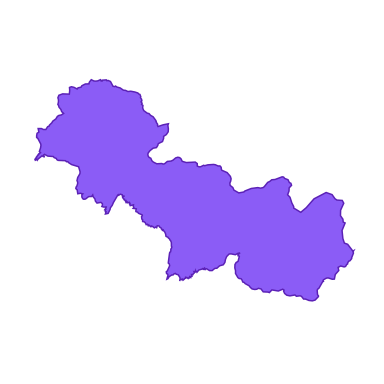 Orastioara De Sus, Hunedoara, Romania (Albers equal-area conic projection), rotated 350°
{"feature_id": "2599482B76008210683345", "entity_name": "Orastioara De Sus", "entity_type": "district", "adm_level": 2, "iso_a3": "ROU", "parent_name": "Romania", "parent_adm1": "Hunedoara", "projection": "albers", "projection_center": [23.232, 45.653], "detail": "fine", "context": "isolated", "style": "filled", "palette": "violet", "viewbox_px": 384, "rotation_deg": 350, "n_neighbors": 0, "source": "geoboundaries", "source_scale": "gbopen_adm2", "svg_char_len": 6010}
<svg xmlns="http://www.w3.org/2000/svg" viewBox="0 0 384 384"><g transform="rotate(350 192 192)"><path d="M291.2,202.7L290.9,200.6L289.5,199.6L288.7,196.6L285.6,194.7L284.8,193.2L283.4,192.7L276.0,194.1L272.7,193.8L270.4,195.1L268.2,195.7L264.1,199.3L262.8,200.0L260.1,200.1L257.6,199.1L251.0,198.8L244.2,200.2L243.0,201.0L237.9,201.0L233.6,197.4L233.0,194.7L230.7,192.1L230.8,189.8L231.9,188.2L232.8,185.8L232.5,183.3L230.0,179.0L225.2,175.8L224.9,175.1L225.0,172.7L224.1,171.2L222.2,170.9L219.7,169.2L218.0,168.6L212.3,168.0L209.1,168.3L208.1,167.7L205.0,168.6L203.5,168.5L201.7,167.4L202.1,164.9L200.4,163.1L191.5,162.0L187.7,160.1L186.9,157.3L185.8,156.0L184.1,155.3L181.8,155.6L178.9,157.3L176.8,157.9L173.0,157.6L169.9,159.4L168.4,159.5L167.2,158.7L162.2,158.1L159.1,155.8L157.9,154.2L157.3,151.6L155.8,150.5L155.1,149.1L155.0,147.4L155.6,146.0L157.8,144.0L161.3,142.1L164.7,142.1L166.4,140.2L167.0,138.8L167.6,138.4L171.7,137.2L173.4,134.2L173.7,132.3L176.7,131.0L179.0,128.6L179.7,125.7L179.8,122.2L180.6,120.7L175.4,120.8L169.9,121.6L169.6,120.6L169.9,119.3L169.0,117.3L168.9,116.1L168.2,115.8L168.9,115.9L168.8,115.3L166.8,111.2L164.5,109.3L163.3,107.3L161.6,106.6L158.6,103.4L158.0,100.7L158.7,98.2L157.6,97.0L158.3,95.9L157.5,94.4L158.5,93.5L158.3,92.9L158.5,92.0L157.6,90.2L158.1,89.3L157.7,86.9L156.6,86.2L155.9,85.1L153.1,83.6L149.2,82.1L146.3,81.9L144.2,80.4L142.1,79.8L139.3,77.0L136.3,75.6L135.1,74.4L134.3,74.8L132.6,74.2L130.9,69.0L128.8,67.6L127.5,67.6L127.1,66.7L123.1,66.3L123.0,67.0L121.8,66.9L121.3,65.5L118.5,66.2L116.4,66.1L114.6,65.6L112.3,63.9L109.9,66.1L109.3,67.6L105.7,67.1L102.0,68.2L100.9,69.5L97.9,69.6L96.8,70.6L93.9,68.4L91.5,67.4L89.8,67.7L89.5,67.8L89.2,70.7L88.2,74.3L81.6,72.9L77.7,73.6L76.3,75.9L76.5,78.0L76.1,80.2L75.1,82.5L75.6,83.6L75.8,85.5L77.2,87.9L77.6,90.2L79.2,92.3L76.8,93.4L74.0,93.5L72.5,94.2L70.6,96.4L67.1,98.1L66.1,99.4L63.2,101.4L62.7,102.3L61.2,102.6L58.9,105.1L56.4,104.6L54.8,103.4L51.5,102.8L51.6,106.4L49.6,107.3L48.6,110.1L48.8,111.0L48.5,111.4L49.5,112.5L51.4,118.5L51.3,120.0L50.5,122.3L48.7,125.6L49.6,127.0L47.7,127.8L46.7,128.8L47.0,128.8L44.7,130.7L44.9,131.0L43.0,132.5L43.2,133.5L44.9,132.9L45.2,133.8L46.3,132.7L50.5,130.4L52.4,131.7L52.7,131.2L52.1,130.6L52.1,129.9L53.3,129.3L56.2,131.6L61.6,133.0L62.2,134.2L64.2,135.4L64.5,136.6L65.6,137.6L72.8,139.2L73.6,140.4L75.0,140.6L75.6,141.7L78.2,144.1L84.7,147.4L85.3,152.7L84.8,154.5L82.0,157.8L80.7,160.8L81.1,162.4L80.8,164.0L79.4,166.5L78.7,167.0L78.2,168.5L79.3,170.0L79.2,173.9L82.0,173.9L84.1,174.9L83.1,175.5L82.7,177.5L82.8,178.5L83.6,180.1L84.4,180.4L86.0,180.4L89.4,178.6L92.4,179.0L93.7,177.7L93.8,179.4L95.2,182.0L95.3,184.2L96.5,186.4L100.5,186.4L101.7,187.9L101.5,189.4L100.7,190.6L102.4,191.5L104.9,191.9L104.5,192.8L103.1,194.2L103.9,194.4L103.2,195.5L103.3,196.4L103.9,196.6L102.9,198.6L105.7,198.5L108.2,195.1L108.9,193.4L111.1,191.3L112.8,188.7L118.3,182.2L118.9,181.8L119.2,182.5L121.0,181.7L122.8,182.6L122.7,183.8L124.9,184.3L123.0,184.7L122.7,185.3L123.5,187.1L124.2,187.4L124.0,188.1L124.7,188.6L125.1,190.3L125.6,189.6L126.0,191.0L126.5,190.7L126.6,191.4L128.5,191.3L128.4,192.6L128.9,192.6L128.6,193.8L128.8,194.7L132.1,194.5L131.7,195.7L132.0,197.2L131.2,197.9L134.2,198.9L133.3,201.1L133.6,201.8L134.9,202.3L135.6,203.7L138.9,205.8L139.0,206.6L138.0,207.5L137.9,210.0L138.6,210.9L138.2,212.0L138.4,212.6L139.7,213.0L140.6,214.0L141.2,216.2L142.6,216.1L143.0,217.5L143.7,217.1L143.8,217.8L144.6,217.9L145.4,219.0L146.2,218.6L146.3,219.0L147.2,219.0L148.7,220.8L150.2,220.2L151.0,221.0L151.9,219.2L153.6,219.6L154.1,221.0L155.3,222.0L155.5,223.3L156.9,224.0L156.3,224.7L157.5,225.4L158.2,226.6L158.7,228.7L158.7,231.2L160.6,232.5L160.7,233.2L161.6,234.1L161.9,235.4L162.4,235.9L162.9,238.1L162.3,241.9L162.6,242.6L161.9,244.0L161.2,244.6L161.1,245.7L160.5,247.2L159.8,247.4L159.3,248.2L156.4,257.4L156.3,257.9L157.1,258.8L157.2,260.7L154.0,265.4L152.8,266.1L152.8,268.0L153.7,268.5L153.9,269.7L152.1,273.5L153.2,273.2L154.8,271.4L157.7,270.2L158.9,270.4L160.3,269.4L161.5,269.3L162.1,270.2L164.0,271.1L165.2,274.0L165.2,275.3L164.4,277.6L165.2,276.0L166.0,276.0L166.4,276.5L167.3,276.1L167.8,277.3L169.4,276.4L169.5,275.9L170.9,275.8L171.0,274.9L172.3,275.4L173.1,276.5L173.4,276.1L174.2,276.3L174.9,275.0L175.7,275.8L175.8,275.0L176.7,275.3L177.4,275.0L177.2,273.2L178.5,273.6L179.0,272.8L180.1,272.2L180.4,271.4L180.2,270.8L181.3,271.2L181.7,270.2L181.9,271.4L182.9,271.1L183.2,271.3L183.2,271.7L185.3,270.0L188.4,269.7L189.5,269.2L190.2,269.5L189.9,270.2L191.1,270.5L190.7,269.6L191.2,269.1L191.9,270.3L193.0,270.1L195.6,272.4L198.2,272.9L201.2,271.2L203.3,271.4L206.3,269.5L210.2,269.1L212.2,267.0L213.2,264.3L214.9,261.6L217.8,259.5L219.7,259.7L223.8,261.3L226.4,260.4L228.8,260.3L226.4,261.5L226.3,262.8L227.0,263.0L227.4,263.7L225.3,268.3L223.2,269.1L221.7,270.9L221.0,274.2L221.2,277.1L220.7,279.8L222.3,284.2L223.4,285.4L225.2,285.9L225.9,287.2L226.4,289.5L227.6,290.1L228.5,291.5L232.0,294.3L232.8,296.0L234.3,297.9L236.9,298.9L238.9,299.0L240.6,298.4L243.1,299.4L244.8,302.7L249.6,303.8L250.7,304.5L253.7,302.3L259.8,304.5L264.5,303.5L265.6,304.6L265.0,305.7L265.6,308.0L267.4,310.1L270.4,311.3L275.5,311.3L276.7,312.8L280.5,313.0L281.7,313.8L283.3,316.8L285.3,317.2L288.3,319.1L291.6,320.1L294.5,319.8L298.3,317.0L298.5,316.3L297.8,314.8L298.2,310.6L298.8,309.6L300.3,308.8L305.1,303.0L305.9,302.9L305.7,301.8L306.3,301.3L309.2,300.2L311.1,300.2L315.0,302.3L317.1,302.5L318.8,298.1L322.9,294.8L322.8,291.6L325.6,290.7L328.8,292.2L330.3,292.0L331.7,290.3L332.8,289.8L333.0,288.8L334.3,287.4L335.7,287.1L337.7,285.3L337.8,284.5L340.4,280.2L340.2,278.9L341.0,277.9L340.2,278.2L336.2,270.5L333.2,268.8L332.5,264.0L333.1,255.9L337.4,249.1L335.7,247.9L335.9,245.0L334.1,241.1L335.2,235.7L339.5,229.4L338.5,226.4L333.3,225.1L331.6,223.4L329.5,218.9L324.0,215.8L311.0,219.9L301.8,227.3L295.6,230.9L289.4,225.5L289.6,223.9L288.4,220.1L287.6,214.2L285.7,211.3L287.7,207.9L288.4,204.8L291.2,202.7Z" fill="#8b5cf6" stroke="#5b21b6" stroke-width="1.5"/></g></svg>